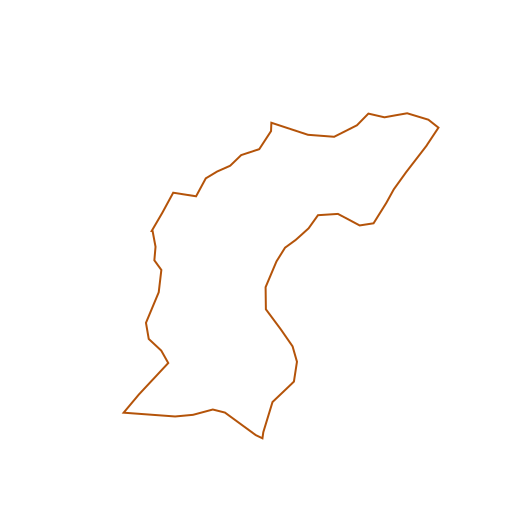 SVG path tracing the border of Ainaro, rotated 27°
{"feature_id": "TLS-545", "entity_name": "Ainaro", "entity_type": "District", "adm_level": 1, "iso_a3": "TLS", "parent_name": "East Timor", "parent_adm1": "", "projection": "robinson", "projection_center": [125.566, -9.004], "detail": "fine", "context": "isolated", "style": "outline", "palette": "amber", "viewbox_px": 512, "rotation_deg": 27, "n_neighbors": 0, "source": "natural_earth", "source_scale": "10m", "svg_char_len": 888}
<svg xmlns="http://www.w3.org/2000/svg" viewBox="0 0 512 512"><g transform="rotate(27 256 256)"><path d="M344.5,415.5L337.1,415.7L299.4,409.6L287.2,412.4L272.0,426.1L256.8,435.7L209.2,455.7L214.5,432.6L226.4,391.2L214.5,383.3L198.1,378.6L188.3,365.5L185.8,332.5L178.0,311.4L167.4,306.0L162.3,293.4L152.6,280.8L151.7,281.1L152.9,260.1L153.5,237.2L175.5,230.0L176.0,209.6L183.0,198.4L192.0,187.3L197.0,172.8L210.4,159.3L212.7,137.9L209.2,130.3L212.4,129.8L247.3,124.4L271.5,114.3L286.6,93.7L291.5,78.1L307.5,74.1L316.7,67.1L325.9,60.2L347.7,56.3L360.3,58.8L358.0,78.8L357.9,80.2L351.7,113.2L348.5,134.0L348.0,149.5L345.9,173.5L334.5,181.7L309.9,181.3L292.7,191.5L290.3,207.5L284.1,223.6L278.1,235.4L276.7,251.5L278.7,279.4L289.0,299.0L311.2,310.0L329.6,319.9L340.5,331.6L346.8,350.7L342.3,363.6L337.0,378.6L342.5,409.7L344.5,415.5Z" fill="none" stroke="#b45309" stroke-width="2"/></g></svg>